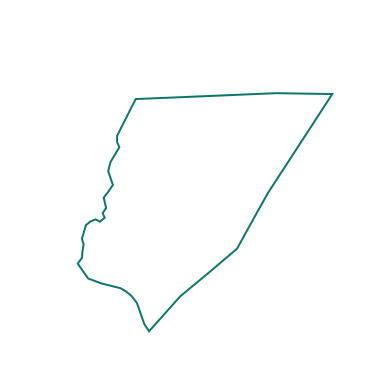 Coronel Ezequiel, Rio Grande do Norte, Brazil, rotated 293°
{"feature_id": "56859067B91601220051830", "entity_name": "Coronel Ezequiel", "entity_type": "district", "adm_level": 2, "iso_a3": "BRA", "parent_name": "Brazil", "parent_adm1": "Rio Grande do Norte", "projection": "albers", "projection_center": [-36.229, -6.36], "detail": "fine", "context": "isolated", "style": "outline", "palette": "teal", "viewbox_px": 384, "rotation_deg": 293, "n_neighbors": 0, "source": "geoboundaries", "source_scale": "gbopen_adm2", "svg_char_len": 621}
<svg xmlns="http://www.w3.org/2000/svg" viewBox="0 0 384 384"><g transform="rotate(293 192 192)"><path d="M71.8,130.2L72.4,144.0L75.5,163.7L74.7,169.9L72.7,176.9L68.3,184.7L51.8,199.7L47.0,206.9L91.3,221.9L123.4,238.5L157.4,255.6L193.2,259.3L220.9,262.3L337.0,282.9L315.7,230.5L276.5,148.0L255.6,103.9L243.2,103.0L214.7,101.1L208.8,103.5L204.8,107.6L187.9,105.3L178.5,106.7L167.6,116.4L158.8,114.7L152.3,112.9L143.8,119.2L137.6,118.0L134.2,121.7L128.7,118.8L129.1,113.9L125.0,109.9L120.0,107.3L105.8,109.0L101.6,112.6L94.1,114.5L88.5,116.4L81.4,114.8L71.8,130.2Z" fill="none" stroke="#0f766e" stroke-width="2"/></g></svg>